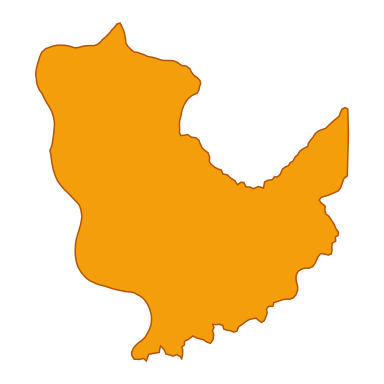 Ponto Chique, Minas Gerais, Brazil
{"feature_id": "56859067B60283118816321", "entity_name": "Ponto Chique", "entity_type": "district", "adm_level": 2, "iso_a3": "BRA", "parent_name": "Brazil", "parent_adm1": "Minas Gerais", "projection": "robinson", "projection_center": [-44.962, -16.605], "detail": "fine", "context": "isolated", "style": "filled", "palette": "amber", "viewbox_px": 384, "rotation_deg": 0, "n_neighbors": 0, "source": "geoboundaries", "source_scale": "gbopen_adm2", "svg_char_len": 3834}
<svg xmlns="http://www.w3.org/2000/svg" viewBox="0 0 384 384"><path d="M134.1,359.2L139.5,359.4L143.7,358.5L146.3,361.0L148.7,354.4L152.9,353.5L156.4,352.9L159.3,352.5L159.8,348.9L160.6,345.9L164.4,350.1L166.0,354.0L169.4,354.8L173.0,356.1L176.5,354.7L179.9,356.3L181.7,358.7L182.5,355.2L182.8,350.7L182.0,346.7L184.3,345.0L184.6,341.2L188.2,339.5L192.9,336.0L196.8,338.0L200.5,339.0L203.4,339.7L206.7,342.0L210.5,343.3L213.1,339.5L213.7,334.8L212.5,330.6L214.0,327.6L212.7,324.3L216.0,324.7L219.2,324.3L222.8,325.4L223.7,329.0L227.1,330.3L230.4,330.7L233.8,332.1L236.8,331.2L238.6,326.9L242.8,323.9L246.3,321.2L249.6,319.4L253.3,318.6L256.2,318.2L258.4,320.3L261.4,322.4L264.2,320.7L265.8,317.0L267.2,312.9L266.5,308.9L268.5,306.5L272.9,306.2L273.8,302.6L277.8,301.4L281.9,299.9L284.8,299.3L287.6,299.1L290.4,299.1L293.2,297.9L296.0,294.8L297.7,289.9L297.6,286.0L296.4,282.2L296.0,278.2L296.3,274.7L298.5,271.0L301.3,269.3L304.4,268.2L309.0,268.2L312.7,266.6L314.8,263.7L316.2,260.9L317.9,257.1L320.6,253.6L324.3,254.1L328.5,255.0L331.3,253.9L332.0,250.6L331.8,246.9L332.2,243.2L335.7,241.1L335.4,237.1L338.0,235.5L338.4,232.1L335.9,228.6L334.2,224.4L331.5,220.2L328.7,216.0L326.1,214.3L324.8,210.3L325.2,206.1L321.1,202.9L319.2,200.1L321.1,197.3L324.8,196.3L329.0,194.9L333.1,193.3L335.7,192.1L338.4,190.8L340.7,187.7L342.4,182.5L344.1,178.3L347.3,175.9L348.4,134.5L347.8,109.0L345.0,107.6L342.1,109.1L340.4,112.5L339.1,116.3L336.5,118.4L333.4,120.9L330.4,123.6L327.7,126.3L325.4,128.5L321.9,129.6L318.4,131.0L315.0,133.8L313.0,137.3L310.6,140.2L308.3,143.4L307.7,146.5L303.6,148.5L299.9,150.9L297.9,154.6L295.0,157.2L292.9,161.2L290.0,162.7L288.5,165.7L285.6,166.8L282.4,169.1L280.2,174.4L277.4,176.9L274.3,176.8L272.3,179.7L268.1,180.2L264.6,181.9L263.5,188.1L258.6,186.5L253.0,188.7L250.2,187.0L246.0,187.0L243.9,182.5L240.7,182.3L237.6,184.8L234.5,180.4L231.0,178.3L227.2,174.8L222.7,173.9L221.5,170.2L218.9,169.2L215.1,167.6L211.4,164.6L209.3,161.7L209.6,157.2L207.9,152.6L204.9,150.5L202.1,147.8L200.3,144.0L198.9,140.2L195.8,137.8L191.3,137.2L187.8,134.6L183.5,135.3L180.6,135.5L179.4,132.4L179.7,129.2L179.4,125.0L179.7,120.5L180.8,116.3L181.4,113.0L182.2,109.5L184.1,104.8L186.6,100.6L188.7,98.1L191.4,95.9L194.4,94.3L197.1,93.3L198.9,90.1L199.5,86.7L200.7,83.7L199.9,80.5L197.7,78.0L194.2,75.6L191.4,72.1L190.2,69.0L186.1,66.0L182.1,65.6L179.6,64.1L176.8,62.0L172.7,60.6L169.8,60.5L165.9,60.5L162.9,60.4L160.2,59.7L156.7,58.5L152.3,57.3L147.7,56.5L144.2,54.8L140.7,53.6L137.5,52.4L134.0,52.0L130.9,49.4L127.9,46.4L125.9,43.1L125.4,38.2L124.4,32.8L122.6,28.1L120.1,23.0L116.8,24.1L114.7,27.1L111.8,30.0L109.7,32.8L107.5,35.1L105.2,37.4L102.4,39.6L100.1,42.4L97.6,44.3L94.4,45.6L88.6,45.6L83.4,46.1L78.5,47.5L74.8,47.9L70.1,46.3L65.5,45.4L61.0,45.2L58.0,45.1L53.9,45.8L51.0,46.8L45.8,48.6L41.9,52.0L39.8,56.6L38.9,59.7L37.6,63.7L36.4,68.5L35.6,74.1L36.4,79.0L37.1,84.5L39.4,90.1L42.0,93.4L44.3,98.3L46.5,102.5L48.7,105.8L51.6,111.2L53.2,115.8L54.1,120.1L54.5,124.8L54.1,129.1L53.6,134.1L52.8,140.2L51.8,145.8L49.9,150.7L50.8,154.4L51.3,158.7L52.0,163.1L53.1,168.7L54.3,173.0L55.7,176.8L57.6,180.9L60.1,184.4L63.3,188.4L65.7,190.8L68.5,193.4L70.9,195.9L73.6,198.9L77.1,202.5L79.5,205.5L81.0,210.2L81.9,216.4L81.3,220.8L80.6,224.6L79.4,228.7L78.3,232.4L77.1,236.5L76.1,240.1L75.5,244.0L75.2,248.9L75.3,254.5L75.7,258.4L76.6,262.8L78.3,267.5L80.1,270.7L82.2,273.7L85.1,276.8L87.9,279.4L90.8,281.2L94.9,283.1L99.1,284.7L103.0,285.6L106.9,286.8L112.1,288.5L116.1,289.6L119.2,290.3L122.6,290.9L125.9,291.6L131.0,292.0L134.1,292.8L137.1,294.5L140.1,296.0L143.1,298.3L146.2,302.1L147.9,305.0L149.8,309.3L151.1,313.8L151.5,317.0L151.5,321.3L150.9,325.3L149.2,329.9L147.2,333.7L145.0,337.4L141.7,340.5L138.4,342.8L135.4,345.6L133.2,348.6L131.6,352.3L131.9,355.7L134.1,359.2Z" fill="#f59e0b" stroke="#b45309" stroke-width="1.5"/></svg>